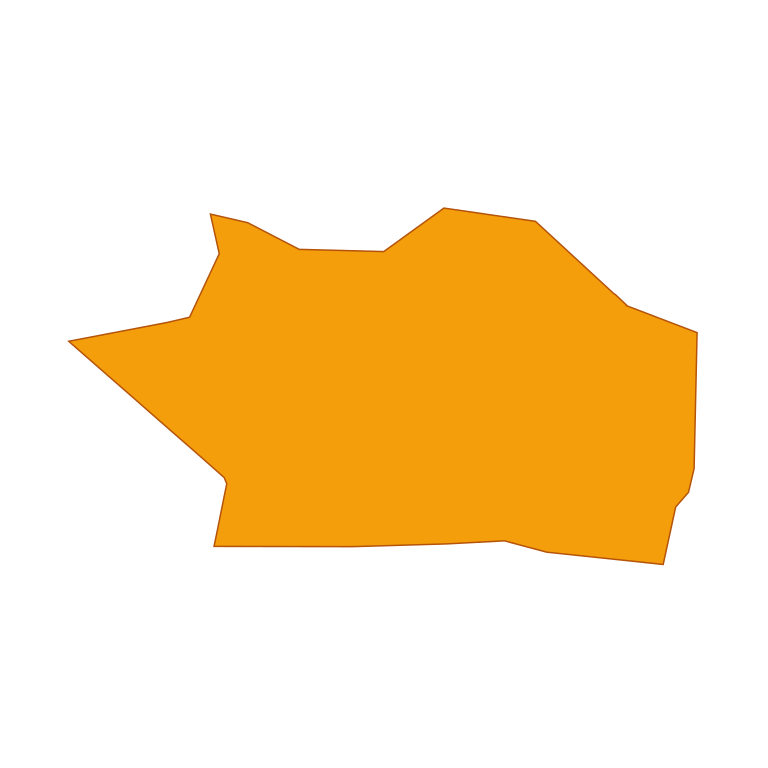 the border of Hiiraan, rotated 277°
{"feature_id": "SOM-2409", "entity_name": "Hiiraan", "entity_type": "Region", "adm_level": 1, "iso_a3": "SOM", "parent_name": "Somalia", "parent_adm1": "", "projection": "equal_earth", "projection_center": [45.352, 4.37], "detail": "fine", "context": "isolated", "style": "filled", "palette": "amber", "viewbox_px": 768, "rotation_deg": 277, "n_neighbors": 0, "source": "natural_earth", "source_scale": "10m", "svg_char_len": 637}
<svg xmlns="http://www.w3.org/2000/svg" viewBox="0 0 768 768"><g transform="rotate(277 384 384)"><path d="M265.8,240.1L271.6,236.8L287.6,213.6L299.1,196.7L320.7,164.8L342.4,133.0L364.0,101.1L385.6,69.3L388.0,65.9L418.6,161.1L426.6,182.9L493.2,204.6L531.5,191.0L527.5,229.0L507.3,283.4L515.4,367.6L565.9,422.0L563.9,514.5L501.4,601.5L501.2,602.4L491.7,615.3L491.3,615.1L473.1,688.5L337.8,702.1L313.6,699.4L297.5,688.5L238.9,683.1L236.9,566.1L243.0,522.6L232.9,465.5L218.8,373.1L202.1,235.1L202.6,235.1L213.0,236.0L223.5,236.8L233.9,237.6L244.4,238.4L254.8,239.2L265.8,240.1Z" fill="#f59e0b" stroke="#b45309" stroke-width="1.5"/></g></svg>